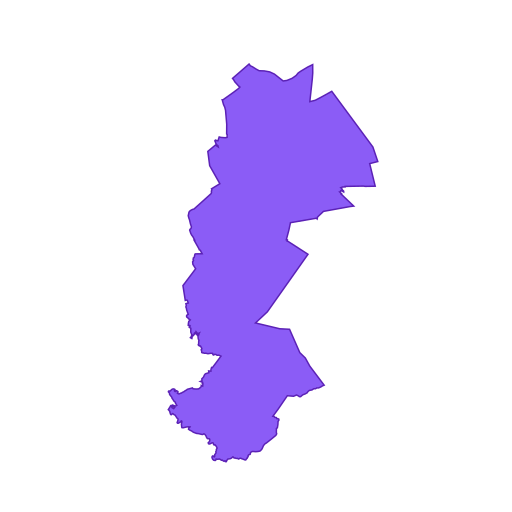 Huehuetoca, México, Mexico (Albers equal-area conic projection), rotated 318°
{"feature_id": "50627088B67518799589693", "entity_name": "Huehuetoca", "entity_type": "district", "adm_level": 2, "iso_a3": "MEX", "parent_name": "Mexico", "parent_adm1": "México", "projection": "albers", "projection_center": [-99.283, 19.822], "detail": "fine", "context": "isolated", "style": "filled", "palette": "violet", "viewbox_px": 512, "rotation_deg": 318, "n_neighbors": 0, "source": "geoboundaries", "source_scale": "gbopen_adm2", "svg_char_len": 6001}
<svg xmlns="http://www.w3.org/2000/svg" viewBox="0 0 512 512"><g transform="rotate(318 256 256)"><path d="M224.4,364.8L223.9,357.1L231.9,332.9L225.0,326.0L210.8,305.4L227.0,305.1L295.8,289.5L289.5,266.3L289.1,265.8L290.1,265.0L289.4,264.2L297.7,258.8L303.9,254.3L326.1,268.3L326.2,269.4L327.9,268.2L336.0,268.0L359.0,282.2L362.0,284.3L360.7,267.0L361.2,267.1L361.0,264.3L361.9,264.7L362.5,264.2L363.1,264.2L364.0,267.1L364.3,266.8L364.6,266.2L364.4,264.8L364.9,263.2L364.7,262.0L366.4,262.6L368.5,264.3L368.8,263.9L382.6,275.9L383.7,277.3L391.3,283.9L402.3,263.4L409.7,267.3L415.8,253.2L422.5,184.3L410.4,181.5L404.2,179.9L399.3,177.3L416.2,162.2L420.6,158.0L426.2,151.7L421.0,150.2L412.9,148.6L409.8,148.2L406.6,148.7L401.7,148.1L396.4,146.2L393.3,144.1L391.4,133.1L389.4,128.4L388.5,127.2L386.0,124.0L382.3,120.4L381.2,117.3L380.0,113.0L379.1,110.9L379.3,108.7L357.4,108.3L357.3,110.1L356.8,112.4L356.8,118.3L357.1,118.9L357.1,119.7L354.7,119.8L349.0,119.3L335.9,117.8L335.4,117.3L333.2,121.7L332.3,124.6L330.8,127.4L322.4,138.5L315.8,145.7L315.9,146.4L313.9,148.5L312.5,147.7L311.6,146.8L309.3,144.4L308.3,142.9L304.8,144.9L303.9,143.9L303.7,142.9L303.3,142.7L302.4,142.9L302.3,143.7L301.6,145.1L301.2,147.0L301.5,148.6L300.9,149.7L300.1,146.4L290.2,146.0L282.0,157.9L277.5,178.1L267.9,176.3L267.8,176.8L267.5,177.3L266.2,177.9L265.7,178.8L264.4,179.6L241.3,179.6L240.0,178.9L238.0,178.4L236.5,178.3L235.5,178.6L232.6,180.7L231.5,182.8L230.8,184.6L228.7,188.4L227.6,191.0L226.9,191.6L225.9,192.1L224.8,192.0L224.0,192.4L222.7,195.4L222.2,197.2L222.0,199.4L221.1,203.1L220.6,202.8L218.5,212.1L218.0,213.5L218.5,214.6L218.1,215.7L217.5,218.3L212.3,213.8L211.8,213.8L209.3,215.6L207.9,215.6L207.6,216.2L206.7,216.7L206.5,217.6L205.0,217.9L203.5,220.0L202.6,225.1L181.9,229.1L173.7,241.7L174.8,242.2L175.3,243.0L174.2,245.6L172.0,244.5L171.1,246.1L169.8,246.9L169.2,248.4L168.3,249.8L166.6,254.0L165.4,253.7L164.5,253.9L164.0,254.4L163.7,255.0L164.0,256.6L163.8,257.7L164.2,258.3L164.4,259.5L162.3,259.6L160.8,260.7L159.2,262.2L159.6,263.3L160.3,263.3L160.3,263.9L158.7,264.4L159.2,266.1L156.6,268.9L155.5,271.7L153.6,272.7L152.6,272.8L153.1,274.4L153.6,274.1L154.3,273.4L155.9,272.4L156.1,272.5L156.2,273.2L158.4,272.8L158.4,272.2L159.1,272.2L159.0,273.3L159.5,273.8L159.4,275.6L160.0,275.8L160.3,272.2L160.8,272.0L160.7,275.7L161.8,275.1L162.4,275.3L161.6,275.6L161.1,276.1L159.1,276.9L157.6,279.0L157.4,279.8L157.1,280.3L157.1,280.6L156.3,281.1L154.9,282.6L154.2,283.1L153.9,283.1L153.7,283.4L153.5,283.9L153.7,284.3L153.7,284.7L154.0,284.6L154.1,285.0L154.5,285.8L154.2,286.7L154.2,287.4L153.7,288.7L153.0,289.0L152.5,289.0L152.0,290.3L151.1,291.4L151.4,292.2L152.1,292.7L152.1,293.0L152.5,293.7L153.7,294.7L154.9,296.5L157.0,297.8L158.6,299.3L158.6,299.5L158.0,300.4L158.0,300.8L158.3,301.3L159.4,301.4L160.3,302.3L160.6,303.7L162.1,304.9L163.0,307.0L148.8,309.8L148.4,309.1L146.7,310.1L145.4,311.4L143.9,309.7L142.9,311.2L139.9,309.8L139.2,309.7L138.1,309.9L135.8,310.9L133.6,311.0L132.3,312.6L130.7,312.0L131.8,314.2L130.7,314.9L131.0,315.5L129.3,317.0L128.7,315.6L128.1,316.4L125.9,316.5L124.4,316.3L122.6,314.9L120.4,312.6L120.5,311.5L115.8,309.1L114.7,309.1L113.1,308.7L111.6,308.6L110.1,308.1L108.6,307.9L108.4,307.6L106.5,307.0L106.0,306.2L105.8,305.3L106.8,305.1L107.3,304.5L106.9,303.0L106.7,302.8L105.6,302.9L105.2,302.6L105.1,301.8L105.2,301.5L105.4,301.4L106.3,301.3L106.4,301.1L106.4,300.6L105.8,299.6L105.1,299.1L104.1,298.8L103.4,298.8L102.1,299.0L101.6,298.7L101.0,298.0L100.7,298.0L100.4,298.0L100.0,298.3L100.0,299.9L99.3,300.8L99.1,301.4L98.9,304.7L98.4,305.5L98.3,306.8L97.9,309.1L98.2,310.7L97.7,311.4L97.2,314.0L95.8,313.6L95.5,313.4L94.3,310.9L93.0,310.5L94.3,314.1L92.7,314.4L92.1,312.6L92.5,311.1L92.4,310.2L88.0,311.5L88.1,312.3L87.9,313.9L87.3,314.8L86.6,316.5L86.7,317.2L88.7,317.4L89.0,319.3L89.4,320.0L89.1,322.2L88.8,323.3L89.1,324.4L88.8,325.2L87.1,326.5L86.1,326.8L85.8,327.4L85.9,327.9L86.4,328.3L89.1,328.9L89.6,328.5L90.3,328.8L90.1,329.5L88.0,331.1L86.2,333.6L86.1,334.0L86.9,334.9L90.0,336.6L91.4,337.6L92.6,338.8L92.0,339.0L91.0,338.8L89.9,339.6L90.4,341.5L91.0,342.7L91.5,345.0L93.1,348.1L94.4,349.5L96.6,352.7L97.2,353.1L98.2,353.2L98.6,354.0L98.6,355.3L98.4,356.3L97.9,357.7L97.7,359.0L97.9,359.5L99.0,360.6L99.0,361.2L97.9,362.4L97.2,362.7L95.5,362.8L95.1,363.7L95.3,364.3L96.0,364.8L97.9,365.3L98.6,365.6L99.0,366.2L98.9,366.6L98.3,367.9L98.6,368.6L99.1,368.7L99.2,368.9L99.1,370.9L98.8,372.2L98.4,372.8L97.1,373.2L96.6,373.9L95.1,374.6L94.7,375.4L94.4,375.6L92.4,376.0L91.0,377.4L90.6,377.4L90.4,377.2L90.3,375.7L89.5,375.6L88.8,375.9L88.4,376.4L88.0,377.4L87.8,378.0L87.9,379.4L88.6,380.4L88.9,380.7L89.9,380.7L90.5,380.2L91.6,381.5L92.9,382.3L93.4,383.5L93.6,384.6L94.4,385.2L94.6,386.7L94.8,386.9L95.5,387.2L95.5,387.6L95.9,387.6L96.2,387.9L96.3,388.0L95.9,388.7L96.1,388.9L96.6,388.9L97.4,388.3L98.6,388.3L99.0,388.1L99.3,388.1L100.9,389.2L101.5,389.5L102.7,389.8L104.2,389.7L104.4,389.8L104.6,390.3L104.5,391.1L104.6,391.6L105.3,392.1L105.7,393.0L106.9,394.1L107.0,394.9L107.1,395.1L107.3,395.3L108.5,395.5L109.4,396.1L109.8,397.3L110.4,398.2L111.3,400.1L111.9,400.7L113.2,400.4L114.1,400.4L114.8,399.9L115.8,399.9L116.8,398.9L117.1,398.9L117.7,398.9L118.5,399.4L119.2,399.4L120.1,398.6L121.3,398.4L121.7,398.5L122.4,398.8L123.4,399.7L124.8,401.2L126.8,402.7L128.2,403.5L128.9,403.7L130.9,403.5L131.6,403.3L134.7,401.9L136.1,401.7L137.6,401.6L138.3,401.9L144.5,402.3L150.7,402.6L152.4,402.0L153.0,400.8L155.8,397.8L156.9,398.0L159.4,396.0L161.7,393.7L163.2,393.3L163.8,392.5L163.4,391.5L162.7,390.9L163.0,389.7L162.0,388.5L162.1,387.5L161.3,386.4L170.1,384.6L185.8,380.8L190.1,385.4L193.1,386.4L194.0,388.6L194.0,389.2L194.3,389.8L194.7,390.2L195.2,390.4L196.7,390.4L198.0,390.5L200.6,391.5L201.8,391.7L202.3,391.9L204.0,391.5L205.7,391.6L208.0,393.0L210.1,393.3L210.6,393.6L210.8,394.0L211.5,394.5L212.9,394.7L214.2,395.9L216.6,396.7L218.5,397.0L220.2,397.6L222.3,373.8L224.4,364.8Z" fill="#8b5cf6" stroke="#5b21b6" stroke-width="1.5"/></g></svg>